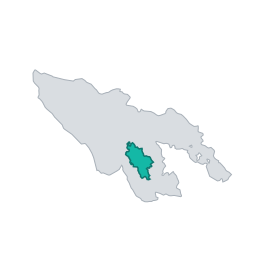 Toktogul, Jalal-Abad, Kyrgyzstan (highlighted), rotated 226°
{"feature_id": "92254566B9187696742897", "entity_name": "Toktogul", "entity_type": "district", "adm_level": 2, "iso_a3": "KGZ", "parent_name": "Kyrgyzstan", "parent_adm1": "Jalal-Abad", "projection": "albers", "projection_center": [73.19, 41.788], "detail": "fine", "context": "in_parent", "style": "filled", "palette": "teal", "viewbox_px": 256, "rotation_deg": 226, "n_neighbors": 0, "source": "geoboundaries", "source_scale": "gbopen_adm2", "svg_char_len": 5111}
<svg xmlns="http://www.w3.org/2000/svg" viewBox="0 0 256 256"><g transform="rotate(226 128 128)"><path d="M56.0,152.9L56.7,152.5L58.7,152.1L62.9,151.8L64.2,152.1L67.0,153.9L69.2,153.7L69.6,154.0L70.4,155.4L73.4,153.4L75.6,152.8L76.8,150.7L79.1,148.2L81.1,147.8L81.1,148.2L81.5,148.6L83.5,149.2L84.2,148.5L84.5,147.6L83.8,146.2L83.8,145.5L84.5,144.7L87.7,146.1L88.4,146.0L89.9,145.3L91.2,143.9L91.7,142.9L98.4,139.4L98.8,138.8L98.7,138.3L96.0,137.5L94.7,137.9L93.6,137.9L92.9,137.4L89.5,137.2L88.8,136.8L86.6,134.3L83.8,132.7L82.5,132.8L80.9,133.4L80.4,133.1L80.3,130.7L80.0,129.3L79.1,129.0L77.8,129.5L74.5,128.7L74.1,125.7L72.9,123.0L71.1,122.0L71.1,120.4L70.5,119.7L70.0,119.9L69.3,120.6L69.6,122.4L69.3,124.1L68.9,125.0L68.1,125.7L67.2,125.6L65.7,124.7L65.3,130.0L65.0,130.3L63.2,129.6L61.8,129.8L59.6,129.5L58.0,128.6L54.8,127.5L53.3,126.5L52.5,122.9L51.6,121.6L50.8,121.3L47.4,122.4L44.0,120.2L42.3,119.6L41.8,119.0L42.0,118.2L47.4,114.4L49.5,111.7L50.8,110.6L54.2,109.5L55.0,107.0L55.3,106.8L58.7,105.6L62.5,103.5L62.5,102.9L62.2,102.4L58.9,100.3L57.1,101.2L56.1,100.0L56.2,98.8L57.4,96.8L58.3,95.8L58.8,93.9L60.1,92.6L61.6,90.5L63.3,88.9L66.5,87.7L68.2,88.1L69.8,87.8L72.4,86.9L73.9,86.8L80.4,88.5L82.6,88.6L87.6,90.7L91.6,91.7L93.5,93.7L99.9,94.6L101.6,95.2L102.3,96.1L104.1,97.3L105.6,97.6L104.3,92.9L104.8,90.1L106.8,82.3L107.8,81.2L112.9,79.0L114.1,77.3L117.8,77.3L118.6,77.0L119.0,76.1L130.5,82.7L134.9,84.5L140.9,86.1L146.0,86.5L146.9,86.1L148.8,83.4L149.8,83.3L162.4,83.3L171.4,81.5L172.7,81.5L176.1,82.9L186.8,82.8L191.0,83.5L197.6,82.8L200.4,82.8L205.6,84.4L207.4,84.7L210.7,84.7L211.9,84.3L212.7,84.7L213.5,87.0L216.9,89.9L218.1,91.4L219.3,92.0L225.3,92.0L227.6,92.5L233.5,97.8L234.5,101.1L234.0,101.8L228.2,102.7L226.9,103.3L225.7,105.9L218.0,109.5L216.9,109.6L206.7,116.0L199.7,121.3L199.5,123.7L195.5,129.2L192.3,130.0L189.6,130.0L185.1,131.9L179.3,131.6L177.3,131.8L173.5,131.2L172.0,131.7L170.4,132.8L168.4,137.2L167.5,138.2L167.1,139.2L166.8,141.2L166.1,143.4L164.3,146.8L162.7,148.4L161.2,149.4L160.0,147.5L158.0,148.9L156.2,148.7L155.0,149.1L152.5,151.0L148.7,151.0L148.2,150.4L147.3,145.6L146.6,143.4L146.1,142.9L145.4,142.8L140.0,146.8L137.5,147.5L135.4,147.7L132.7,146.6L132.1,146.9L131.6,147.5L131.4,148.3L132.3,150.4L132.0,150.8L130.8,150.8L129.1,151.4L123.9,155.9L120.6,157.1L117.5,157.6L115.7,158.4L114.6,160.1L112.6,164.7L112.7,165.7L113.6,166.9L114.2,169.7L114.1,170.4L112.4,172.7L110.3,173.4L108.6,173.8L105.4,173.5L103.8,173.9L100.8,175.7L98.3,176.0L93.5,176.0L88.9,175.4L87.4,175.6L83.3,176.6L81.9,178.2L81.1,179.7L80.7,179.9L79.1,178.5L77.0,176.1L76.0,176.1L72.3,178.0L71.7,177.9L70.7,177.2L70.9,174.2L69.7,173.6L67.2,173.4L66.3,172.7L66.7,170.8L66.4,170.0L65.7,169.5L64.4,169.6L61.8,171.1L58.7,171.6L57.6,172.1L56.4,174.2L52.3,174.5L51.0,174.0L48.6,170.0L46.5,169.4L44.4,169.5L41.4,170.4L40.7,169.5L40.0,169.2L39.3,169.9L35.7,169.9L32.0,169.7L30.0,169.1L28.6,169.1L25.9,170.0L22.6,170.1L22.4,166.4L21.5,163.9L22.7,160.0L23.3,158.7L25.7,160.3L26.6,160.1L26.8,159.3L26.5,157.5L27.8,155.6L36.5,153.2L45.9,157.5L47.1,160.1L47.9,160.0L49.3,158.9L49.7,156.7L51.6,155.5L55.8,154.2L56.0,152.9ZM60.7,161.9L60.9,161.6L60.2,159.7L61.2,157.9L59.3,157.6L58.3,157.0L57.3,155.2L56.9,155.1L56.3,155.6L56.0,156.8L56.2,158.0L57.6,159.3L56.8,161.8L59.7,162.1L60.7,161.9ZM50.7,163.4L50.6,162.9L50.0,162.6L46.4,161.8L46.5,162.3L47.8,164.2L48.9,164.3L50.7,163.4ZM72.0,160.7L72.3,159.5L70.1,160.1L69.8,160.7L70.6,161.5L71.5,161.8L72.0,160.7Z" fill="#d9dde1" stroke="#a8b0b8" stroke-width="1"/><path d="M98.7,104.9L99.1,105.2L100.1,106.2L98.0,106.4L96.5,105.0L93.5,107.6L92.1,107.3L90.3,105.5L89.7,105.6L87.8,104.6L85.6,104.4L84.2,103.2L82.9,103.3L82.1,103.2L81.7,104.4L81.6,106.0L81.2,106.7L80.4,106.8L79.1,106.6L77.7,106.0L76.4,107.0L76.0,108.3L76.8,108.1L77.7,108.4L78.6,109.0L78.7,110.6L80.2,110.6L82.9,112.0L83.9,113.1L85.8,113.0L85.9,114.5L85.0,114.8L84.3,115.6L84.9,116.1L84.8,117.1L84.2,117.4L83.9,118.3L84.5,118.8L86.1,118.8L86.3,119.7L85.8,122.5L88.3,122.5L90.1,123.0L91.2,123.5L92.3,123.5L93.5,122.5L94.7,121.9L94.9,121.9L95.4,121.6L96.0,120.4L97.4,120.1L97.9,120.6L98.9,121.2L100.6,121.6L102.5,122.6L102.9,123.5L103.6,123.9L104.6,122.6L105.0,121.7L105.9,121.3L107.9,121.4L108.4,120.4L109.3,119.9L110.5,120.8L112.5,121.1L114.2,121.0L114.5,119.2L113.5,117.6L113.5,116.9L114.4,116.7L116.3,117.6L116.2,118.3L115.9,118.8L116.7,119.3L117.2,119.0L117.2,116.3L115.2,115.3L114.8,113.8L113.8,113.3L112.5,113.3L112.0,113.8L111.4,113.7L110.7,112.8L110.7,112.0L111.8,110.7L111.7,109.6L111.4,109.6L111.3,109.1L111.1,108.9L111.0,108.7L111.0,108.4L110.8,108.1L110.7,108.0L110.4,108.0L110.1,107.9L109.6,107.9L109.3,107.9L108.9,108.0L108.6,108.1L108.2,108.2L107.7,108.4L107.4,108.3L107.1,108.2L106.6,108.4L106.4,108.3L106.2,108.2L105.9,108.0L105.7,107.9L105.3,107.9L105.1,107.8L104.9,107.7L104.7,107.7L104.2,107.7L103.7,107.3L103.4,107.3L103.0,107.4L102.9,107.3L102.8,107.2L102.7,107.1L102.6,106.8L102.5,106.4L102.3,105.9L102.2,105.8L102.1,105.6L101.9,105.5L101.3,105.4L100.9,105.3L100.0,105.0L99.7,105.0L99.2,105.0L98.9,105.0L98.7,104.9Z" fill="#14b8a6" stroke="#0f766e" stroke-width="1.5"/></g></svg>